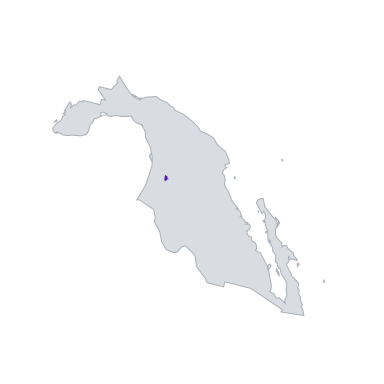 Palmillas, Tamaulipas, Mexico (highlighted), rotated 194°
{"feature_id": "50627088B12819325491793", "entity_name": "Palmillas", "entity_type": "district", "adm_level": 2, "iso_a3": "MEX", "parent_name": "Mexico", "parent_adm1": "Tamaulipas", "projection": "mercator", "projection_center": [-99.548, 23.265], "detail": "fine", "context": "in_parent", "style": "filled", "palette": "violet", "viewbox_px": 384, "rotation_deg": 194, "n_neighbors": 0, "source": "geoboundaries", "source_scale": "gbopen_adm2", "svg_char_len": 4269}
<svg xmlns="http://www.w3.org/2000/svg" viewBox="0 0 384 384"><g transform="rotate(194 192 192)"><path d="M53.6,99.2L76.5,97.1L75.4,99.5L111.5,112.7L138.4,112.7L138.4,107.6L155.2,107.7L158.1,111.3L169.8,120.9L172.6,129.0L174.7,132.0L185.6,138.3L189.0,135.9L191.7,130.1L195.0,128.8L202.9,129.8L209.4,136.3L213.7,145.6L221.3,154.0L221.7,159.2L225.0,165.7L241.5,171.8L243.7,170.9L238.7,187.4L237.1,206.9L237.8,211.1L242.1,216.6L241.2,219.6L241.4,216.6L237.9,211.9L239.0,216.2L243.3,225.2L250.3,233.8L251.9,239.2L256.7,244.6L255.4,244.4L258.2,245.7L257.3,244.9L262.4,245.6L266.0,247.5L269.3,251.0L277.9,248.3L284.2,248.0L288.5,245.9L292.9,245.5L293.8,246.3L293.5,247.3L297.1,248.1L299.6,246.4L298.9,243.6L297.7,244.3L298.0,243.7L304.7,239.1L305.1,235.3L307.0,233.1L307.1,226.9L308.3,222.3L313.4,219.6L322.4,218.1L326.3,216.6L330.6,216.2L337.8,217.8L338.4,216.8L336.5,216.7L339.0,216.0L341.9,218.1L342.4,220.8L340.9,224.5L336.2,230.2L336.0,233.9L333.7,236.2L334.1,237.0L336.2,236.7L334.0,239.1L334.0,240.0L335.5,239.7L332.6,249.1L331.8,249.9L330.3,247.8L330.0,244.3L327.9,247.9L325.7,248.2L323.0,253.0L319.9,252.9L319.7,254.5L302.3,254.5L302.2,260.1L298.3,260.1L307.7,268.7L307.4,271.8L295.2,271.8L290.7,279.7L291.9,281.7L290.4,286.9L281.6,278.0L274.4,272.0L270.1,269.7L269.6,270.3L273.6,272.4L267.3,270.5L267.8,269.1L266.1,269.7L265.1,268.4L263.9,269.8L266.0,270.5L262.8,270.8L259.7,272.8L249.7,276.0L243.3,273.4L237.9,272.9L234.3,270.5L230.6,269.5L228.3,267.2L219.5,265.4L208.5,260.6L201.3,256.1L198.3,253.0L190.9,252.0L183.8,249.4L179.3,244.3L169.6,239.5L164.4,232.8L162.6,228.6L166.5,226.6L165.9,224.9L164.1,224.3L166.7,221.2L167.0,217.4L164.9,216.1L162.8,212.3L162.9,208.8L161.5,205.7L155.7,199.8L150.6,192.7L142.7,186.5L145.0,187.7L145.1,186.4L140.9,185.1L137.8,180.2L140.0,180.3L133.8,177.0L133.0,175.4L130.7,176.0L130.3,175.2L132.0,173.3L129.1,174.8L127.3,173.4L126.9,170.1L129.0,167.2L129.8,167.8L128.3,164.8L126.4,162.9L123.8,163.0L122.0,159.0L118.8,158.1L116.9,156.4L115.6,152.8L116.4,150.6L110.8,149.5L100.9,138.1L100.3,135.4L98.8,134.5L92.3,120.2L91.8,115.8L92.4,114.3L87.0,112.5L85.7,110.1L83.9,109.3L82.0,110.7L74.5,106.3L75.9,109.1L75.0,114.6L76.7,118.9L78.1,127.1L85.7,134.3L88.1,139.1L89.3,138.9L89.8,140.3L90.9,140.5L92.0,143.6L94.1,144.5L95.4,151.0L99.3,154.2L100.6,157.9L102.4,159.0L103.7,163.3L105.3,164.3L104.4,161.1L106.5,163.0L109.1,172.7L111.6,175.5L114.9,182.4L114.4,185.3L115.2,187.9L117.9,190.4L118.9,187.9L126.9,196.9L126.2,200.2L123.1,202.6L121.4,202.9L118.0,195.6L105.4,185.7L104.3,185.8L101.7,182.7L101.2,180.6L101.9,175.9L100.8,171.4L98.8,168.2L92.7,164.3L91.4,160.4L90.3,162.1L87.2,162.8L84.9,160.2L79.1,157.5L78.2,155.2L73.9,152.0L73.5,150.8L78.0,151.4L80.5,150.5L80.5,151.5L82.7,152.6L81.9,150.0L80.9,149.8L82.9,144.5L74.5,134.5L67.5,130.0L66.2,127.8L66.1,124.0L64.4,122.8L63.8,118.5L61.5,116.7L61.2,114.1L58.1,110.0L57.5,108.1L58.5,106.8L56.3,105.2L53.6,99.2ZM100.5,138.2L99.8,140.8L97.5,140.0L98.4,136.1L99.7,135.7L100.5,138.2ZM91.4,137.7L88.2,134.9L87.3,132.0L88.9,133.0L89.3,134.6L91.0,135.0L91.4,137.7ZM340.8,229.4L340.0,228.6L340.4,227.6L342.5,226.6L340.8,229.4ZM101.9,185.8L99.6,183.2L100.9,178.0L100.6,182.7L101.9,185.8ZM72.2,148.4L70.5,148.0L71.6,145.1L72.5,147.3L72.2,148.4ZM43.0,138.9L41.5,137.1L41.8,136.3L42.4,136.3L43.0,138.9ZM103.8,185.9L105.1,187.9L102.3,185.9L103.8,185.9ZM154.7,216.1L154.4,217.0L153.7,216.6L153.4,215.2L154.7,216.1ZM115.8,180.6L116.3,182.2L114.8,180.2L115.8,180.6ZM110.2,170.0L111.0,170.8L109.8,172.2L110.2,170.0ZM112.7,245.2L112.2,245.4L111.3,244.8L112.0,244.0L112.7,245.2ZM295.9,245.5L294.4,245.9L297.1,245.0L295.9,245.5ZM123.4,189.6L122.6,189.4L122.5,187.9L123.4,189.6Z" fill="#d9dde1" stroke="#a8b0b8" stroke-width="1"/><path d="M220.5,197.5L220.2,197.4L220.1,197.7L220.0,197.8L220.0,198.1L219.9,198.2L219.8,198.6L219.8,198.8L219.9,199.0L220.2,199.3L219.9,199.3L220.2,199.5L219.9,199.6L220.0,199.8L220.1,200.1L220.4,200.1L220.4,200.3L220.4,200.7L220.8,200.7L221.1,200.8L221.3,201.0L221.5,201.1L221.6,200.8L221.4,200.6L221.4,200.3L221.4,200.2L221.3,199.9L221.3,199.6L221.3,199.3L221.0,199.3L221.0,199.2L221.3,199.1L221.2,198.2L221.3,198.2L221.3,197.9L221.3,197.5L221.6,197.5L221.3,197.4L221.1,197.4L220.9,197.2L220.8,197.5L220.5,197.5Z" fill="#8b5cf6" stroke="#5b21b6" stroke-width="1.5"/></g></svg>